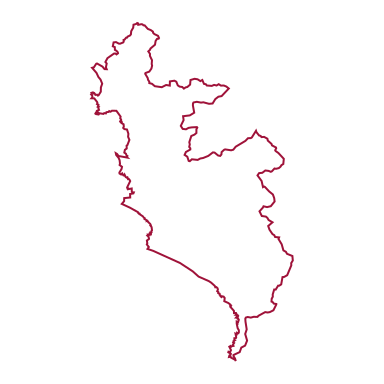 the district of Lima, Lima Province, Peru
{"feature_id": "86281439B5897753899369", "entity_name": "Lima", "entity_type": "district", "adm_level": 2, "iso_a3": "PER", "parent_name": "Peru", "parent_adm1": "Lima Province", "projection": "orthographic", "projection_center": [-76.975, -12.046], "detail": "fine", "context": "isolated", "style": "outline", "palette": "rose", "viewbox_px": 384, "rotation_deg": 0, "n_neighbors": 0, "source": "geoboundaries", "source_scale": "gbopen_adm2", "svg_char_len": 5961}
<svg xmlns="http://www.w3.org/2000/svg" viewBox="0 0 384 384"><path d="M121.8,203.9L130.0,207.7L138.0,212.2L138.1,212.9L139.4,213.5L139.2,213.9L142.8,216.3L143.2,216.9L142.8,217.4L143.1,217.1L144.7,218.2L144.5,219.0L147.1,220.5L146.9,221.0L147.4,220.9L148.3,222.0L147.7,222.8L148.3,222.2L150.2,223.9L150.8,225.2L150.4,225.5L151.6,227.1L152.0,230.3L151.4,231.1L151.5,232.2L151.0,232.3L150.9,234.5L149.9,234.7L149.6,234.1L149.5,234.7L149.1,234.4L148.1,234.5L148.4,234.9L147.3,235.6L148.4,236.6L149.0,238.4L148.9,239.1L146.9,240.5L147.3,243.3L146.8,244.4L148.8,247.0L147.5,248.9L153.3,250.9L180.0,263.0L192.8,271.4L198.6,276.6L208.8,281.1L211.1,282.6L214.8,285.9L215.3,287.3L216.4,287.1L217.6,288.3L217.9,289.7L217.2,291.2L218.3,292.0L218.2,293.1L219.6,293.7L219.6,294.8L220.5,295.5L220.5,296.2L221.6,296.8L220.9,297.8L222.2,296.3L223.6,296.6L224.7,298.0L224.3,301.2L228.3,303.0L230.5,304.7L230.2,305.6L231.0,305.9L230.4,306.9L233.9,310.8L234.0,313.1L236.0,313.0L236.6,314.2L235.8,314.9L237.7,315.2L238.2,315.9L237.9,316.5L237.1,316.2L237.0,317.5L236.5,317.0L236.1,317.5L236.8,317.5L237.4,318.5L237.9,318.2L238.8,319.8L238.0,322.3L236.7,321.6L236.7,323.5L237.3,324.3L236.9,324.6L237.7,328.3L238.8,330.1L238.9,332.2L238.4,333.2L237.7,333.0L237.2,333.7L236.9,333.3L236.7,334.3L235.5,333.7L236.2,337.3L235.8,338.2L234.4,338.2L234.3,340.2L234.7,340.4L233.5,341.2L233.7,341.7L233.2,342.4L234.1,343.0L233.0,344.5L233.5,345.9L231.4,346.3L231.0,346.9L229.9,346.9L230.0,346.3L229.3,346.7L231.0,350.1L230.0,352.2L228.5,351.7L228.3,352.3L230.8,353.7L230.7,354.5L229.4,355.5L229.0,357.0L230.6,356.7L231.0,357.6L235.0,359.7L235.8,361.0L235.0,358.5L233.5,356.1L233.5,355.0L239.7,352.1L241.3,347.6L245.1,345.6L247.1,340.6L245.2,334.0L246.7,329.4L245.5,321.7L245.3,318.7L245.8,317.6L247.7,317.0L250.8,317.6L253.7,316.8L257.5,316.9L258.4,315.8L265.2,312.1L267.6,312.5L269.8,312.1L273.4,310.3L276.3,304.5L276.3,304.0L273.8,303.6L272.7,302.1L271.5,301.6L271.7,298.7L272.8,296.7L272.7,294.5L274.2,289.5L275.7,289.6L278.1,285.7L279.2,285.7L281.2,284.4L282.5,277.1L284.2,276.9L287.2,275.2L291.3,265.4L291.2,263.1L292.8,260.5L292.4,256.0L287.0,253.8L285.9,251.8L283.4,250.4L281.7,244.3L278.5,239.0L279.1,237.4L275.1,237.0L274.3,235.2L272.5,234.1L269.5,229.7L268.2,226.0L272.5,222.3L268.6,220.0L267.4,217.9L265.9,216.6L261.8,216.0L259.5,211.3L262.9,207.6L263.5,206.3L267.1,207.1L270.8,206.2L274.6,201.5L274.2,198.1L272.9,194.5L269.1,191.4L265.0,187.0L264.0,186.5L263.0,187.1L261.6,181.0L257.5,175.4L259.1,173.1L262.3,172.8L265.3,170.5L268.6,170.9L270.8,171.8L271.9,171.3L274.5,168.5L276.0,168.8L278.8,168.1L280.5,166.7L281.4,165.2L283.3,164.0L283.8,158.8L278.4,153.0L275.6,151.0L275.2,150.2L276.2,148.3L276.0,147.5L272.0,145.4L271.5,143.9L267.8,140.6L267.4,138.7L264.1,136.9L261.5,137.1L260.6,135.9L259.1,135.5L256.4,132.1L256.0,130.8L251.8,137.5L250.8,138.1L248.0,138.2L245.4,140.9L235.7,146.7L233.3,149.7L231.1,150.3L225.1,149.4L224.1,149.8L221.6,152.1L221.4,154.5L220.2,155.9L218.1,155.5L214.6,152.6L212.9,152.4L208.3,155.9L203.1,158.0L200.3,158.5L197.7,159.9L191.9,159.3L189.8,161.2L188.7,160.9L187.3,156.7L184.6,154.9L185.9,152.0L190.3,149.5L190.3,148.3L189.2,146.9L189.8,144.4L189.3,142.2L191.3,136.0L194.5,134.6L196.4,133.0L196.4,129.3L197.3,127.6L196.9,127.1L191.4,127.4L188.5,127.9L186.0,129.3L182.7,128.9L180.8,125.9L183.6,120.1L183.1,116.2L189.8,115.4L194.2,112.7L192.9,105.4L193.0,103.4L193.5,102.5L196.8,101.8L201.0,102.6L203.4,102.3L209.0,103.8L212.6,103.5L215.3,99.1L218.4,96.7L221.6,96.1L228.8,88.5L226.3,86.5L223.8,85.5L220.9,85.6L218.7,84.2L216.6,85.5L214.1,84.9L211.8,85.9L206.8,85.5L205.8,84.2L204.0,83.9L202.3,80.0L200.4,81.1L197.6,79.3L194.6,78.8L190.5,80.0L190.1,84.6L187.3,87.0L185.6,87.4L183.9,88.6L182.3,87.0L179.6,86.6L177.8,85.4L176.3,81.7L174.4,80.7L169.9,81.4L169.8,85.6L166.1,85.0L161.8,87.2L154.8,86.2L152.0,83.8L149.3,83.1L149.3,81.7L148.0,79.7L147.7,78.0L145.2,73.8L145.5,73.0L149.3,71.6L151.4,68.6L152.1,65.6L151.7,64.0L152.0,60.2L149.9,55.8L150.0,53.9L148.3,51.4L150.1,49.7L150.4,48.6L155.0,44.7L155.6,41.0L157.0,38.9L158.6,38.7L159.0,38.0L158.0,35.8L154.4,34.1L153.1,32.8L152.9,31.6L150.8,30.1L147.8,28.9L144.6,25.3L143.4,25.3L142.5,24.4L141.4,24.2L138.2,24.8L138.0,23.3L137.2,23.0L136.1,24.0L133.5,24.7L133.2,27.7L131.2,31.2L130.9,34.4L130.0,35.5L127.6,36.6L127.1,37.6L126.1,37.7L124.5,39.7L123.6,39.9L123.7,41.7L123.1,42.5L120.0,43.7L118.8,43.6L116.0,42.1L113.6,42.4L112.8,46.3L114.8,47.1L114.9,49.9L116.5,50.8L117.8,52.3L118.0,53.3L116.5,54.4L115.4,53.5L114.1,53.5L107.5,58.1L105.4,62.0L106.7,63.5L105.9,67.3L106.7,69.2L104.5,69.1L102.5,66.6L97.0,63.5L96.2,63.8L93.9,67.3L92.1,67.8L96.5,72.9L98.4,77.0L100.5,79.5L102.2,83.7L100.9,87.4L100.8,91.7L98.6,95.2L97.9,95.6L97.1,94.7L95.4,94.9L94.8,93.7L94.0,93.6L94.0,92.9L92.9,92.4L91.4,92.9L91.9,94.0L91.2,94.5L92.2,95.6L92.4,97.2L91.5,98.3L94.3,98.4L97.1,102.0L97.5,103.2L97.0,104.1L98.5,105.0L97.7,106.8L98.6,107.0L98.2,107.5L99.0,109.9L96.8,110.9L96.7,111.4L97.9,112.3L96.9,112.4L96.9,113.0L95.8,112.8L95.0,114.4L96.1,113.4L96.7,114.2L98.6,114.5L99.6,113.3L103.4,113.9L104.2,113.1L105.9,113.4L106.4,112.2L108.7,111.9L109.2,111.1L110.6,111.7L112.0,110.7L116.4,110.8L120.6,116.6L120.2,118.3L121.1,119.5L121.2,121.2L120.4,121.0L120.1,121.5L120.9,122.5L121.8,122.3L121.9,123.3L123.6,124.3L123.8,126.7L123.2,127.9L124.4,129.1L127.0,129.5L128.4,133.8L128.1,136.8L129.4,139.9L127.4,145.1L126.6,145.7L126.7,148.5L124.9,149.8L124.3,152.6L125.9,153.7L126.6,155.6L127.4,156.0L127.0,157.2L127.4,157.6L118.5,156.0L117.1,154.0L115.8,153.2L116.2,155.0L118.6,157.9L119.6,160.2L120.0,163.6L119.6,165.0L122.0,166.8L121.5,169.1L119.4,172.5L119.5,173.5L121.1,174.5L122.2,173.4L123.3,175.3L124.2,175.6L124.6,174.7L125.7,177.0L126.6,177.6L127.4,177.3L128.0,179.1L128.7,178.9L129.6,179.9L130.2,181.1L127.1,187.5L127.5,188.6L128.1,188.5L128.1,189.2L131.7,188.5L131.8,191.6L132.2,192.3L133.8,192.4L133.4,193.4L130.1,194.0L130.2,197.5L124.2,198.1L124.1,201.2L121.8,203.9Z" fill="none" stroke="#9f1239" stroke-width="2"/></svg>